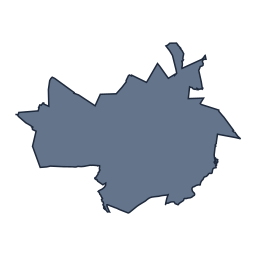 the district of San Ciro de Acosta, San Luis Potosí, Mexico
{"feature_id": "50627088B368213739672", "entity_name": "San Ciro de Acosta", "entity_type": "district", "adm_level": 2, "iso_a3": "MEX", "parent_name": "Mexico", "parent_adm1": "San Luis Potosí", "projection": "orthographic", "projection_center": [-99.855, 21.589], "detail": "fine", "context": "isolated", "style": "filled", "palette": "slate", "viewbox_px": 256, "rotation_deg": 0, "n_neighbors": 0, "source": "geoboundaries", "source_scale": "gbopen_adm2", "svg_char_len": 5693}
<svg xmlns="http://www.w3.org/2000/svg" viewBox="0 0 256 256"><path d="M200.3,184.6L200.3,184.0L200.7,182.6L201.2,181.5L202.2,180.1L202.6,179.9L203.1,179.2L203.3,178.8L203.7,177.8L203.9,177.5L204.5,176.9L205.3,176.7L206.2,176.4L206.8,176.0L207.8,175.0L208.4,174.1L208.9,173.6L209.5,173.3L210.3,173.3L210.9,173.5L211.3,173.4L212.0,173.0L212.1,172.7L212.6,169.9L212.9,169.0L213.6,168.3L214.3,168.0L216.1,167.6L215.7,165.5L215.9,165.5L216.5,165.3L216.5,163.8L216.1,163.2L215.5,163.5L215.2,163.7L214.2,162.5L214.2,161.9L214.7,161.1L215.0,161.1L214.9,161.5L215.0,161.8L215.4,161.8L215.5,161.7L215.6,161.3L215.9,161.6L216.3,162.5L216.7,162.8L217.1,162.8L217.5,162.6L217.6,162.2L217.6,161.9L217.8,161.4L217.5,160.6L217.7,159.6L217.2,159.4L216.6,159.3L216.1,159.1L215.9,159.3L215.8,159.9L215.6,160.1L215.4,160.2L215.2,160.1L215.1,159.8L215.1,159.6L215.0,159.4L214.9,159.3L214.7,159.1L214.7,158.8L214.6,158.6L214.6,158.3L215.2,158.4L215.5,158.1L215.3,157.9L215.0,157.7L214.7,157.7L214.5,157.8L214.3,156.2L214.2,155.1L214.2,154.4L214.3,153.8L215.1,146.8L215.4,146.6L215.6,146.2L215.8,146.1L215.7,145.8L215.2,145.4L215.2,145.1L215.4,145.1L215.5,144.6L216.0,143.9L216.3,143.4L216.3,143.2L216.3,142.3L217.5,134.2L234.1,137.3L236.1,137.7L240.6,138.8L237.7,136.2L234.9,132.3L234.0,132.1L232.7,131.0L233.6,130.4L223.8,117.1L222.7,115.9L218.8,111.3L218.8,110.1L201.3,104.5L200.2,103.5L203.6,98.1L188.3,98.6L189.6,86.8L191.2,87.5L192.0,87.5L192.7,88.3L192.8,88.6L193.8,89.1L194.3,89.1L195.1,89.4L196.9,88.8L197.2,89.7L197.5,89.5L197.2,88.9L197.3,88.9L197.1,88.5L197.1,88.4L197.4,88.6L197.8,88.7L198.4,89.7L198.5,89.7L199.2,89.3L199.3,89.2L200.1,89.2L200.7,88.9L200.9,88.9L201.6,88.9L202.2,89.3L202.5,89.0L202.5,88.7L202.6,88.3L202.8,88.2L203.4,88.0L202.3,88.0L202.2,87.8L201.3,82.0L198.7,70.2L199.1,69.7L200.3,66.5L202.4,65.8L203.0,65.3L203.2,63.5L202.5,62.1L202.4,61.4L203.3,59.5L203.4,59.4L206.0,59.3L205.2,55.4L205.0,55.5L203.5,57.7L201.9,59.3L202.0,59.4L201.9,59.6L201.5,59.5L182.0,68.4L181.9,67.4L182.2,66.0L182.4,64.2L182.3,62.6L181.8,61.3L181.9,61.0L182.3,61.0L182.6,61.1L182.8,60.9L183.4,59.9L183.1,59.8L182.8,58.3L183.1,56.9L183.1,56.3L183.4,55.4L183.7,53.7L183.0,52.5L182.3,51.0L180.3,48.5L180.7,48.2L177.8,45.1L177.9,44.9L176.5,43.1L169.8,43.2L167.6,45.2L165.9,45.9L169.7,50.8L172.5,55.5L176.0,69.6L176.7,73.3L174.7,75.3L174.7,74.4L168.3,78.3L159.9,66.5L157.5,63.5L150.9,74.9L149.6,77.2L146.5,82.4L131.7,75.2L131.5,75.9L129.4,75.0L128.5,75.6L126.1,80.6L126.2,81.9L122.0,87.3L116.2,93.8L100.3,94.3L95.1,105.8L78.7,95.0L73.9,93.2L74.2,92.6L54.7,78.4L52.2,77.2L50.9,78.5L49.7,80.6L48.4,89.6L48.8,106.3L43.9,104.1L43.8,103.0L43.0,102.9L41.2,105.3L40.2,104.9L39.8,104.9L38.7,107.4L38.6,107.6L39.1,107.8L38.1,110.9L18.2,112.5L18.8,112.6L18.8,112.9L18.6,113.0L18.4,113.9L17.8,114.7L15.4,114.4L17.1,114.7L17.8,115.3L18.4,116.4L25.8,122.8L30.7,125.6L30.9,125.9L31.0,125.9L31.2,126.0L31.7,126.4L32.4,126.8L32.2,127.0L32.8,127.1L32.8,127.3L32.2,127.7L32.2,128.0L32.5,128.8L32.5,129.5L36.1,131.2L32.5,146.4L32.6,146.5L40.2,167.4L46.7,166.9L50.4,166.1L63.6,166.7L72.8,166.8L74.6,167.0L76.0,167.0L77.5,166.5L78.2,166.4L79.3,166.5L80.0,166.5L80.5,166.6L81.3,166.6L83.9,166.4L86.4,165.9L90.1,165.2L91.8,165.3L92.5,165.2L94.1,165.3L97.9,165.6L97.9,165.8L98.2,165.7L99.5,165.7L99.4,166.1L99.7,166.6L99.3,169.0L99.8,169.6L99.9,169.9L99.8,170.6L99.3,170.9L99.2,171.4L99.2,171.8L99.0,172.1L98.6,172.3L98.3,172.6L98.1,173.1L98.1,173.8L97.9,174.4L97.0,175.7L96.4,176.5L96.0,177.2L95.7,177.5L95.2,177.6L94.8,178.0L94.8,178.5L95.3,179.1L95.6,179.2L95.9,179.4L96.1,179.6L96.3,179.7L96.5,179.5L96.6,179.4L97.0,179.6L97.2,180.0L97.3,180.6L97.6,180.8L97.7,181.0L97.8,181.3L98.0,181.4L102.9,184.8L103.6,184.3L105.7,183.1L105.6,185.2L104.5,187.2L102.3,189.0L99.0,190.7L98.7,190.9L98.1,191.5L98.8,192.1L99.2,192.4L99.4,192.9L99.8,194.2L100.1,194.6L100.4,194.8L100.7,195.2L100.9,195.5L101.0,196.1L101.5,196.8L101.7,197.4L101.9,197.6L102.1,197.8L102.4,198.1L102.5,198.3L102.5,198.5L102.4,198.8L101.6,199.3L101.5,199.5L101.5,199.8L101.9,200.3L102.1,201.4L102.2,201.6L102.9,201.8L103.1,201.9L103.3,202.3L103.5,203.8L103.5,204.0L103.4,204.2L103.0,204.5L102.9,204.8L103.2,205.0L103.4,205.3L103.5,205.5L103.6,206.2L103.8,206.5L104.3,206.6L104.5,206.7L104.7,207.1L104.6,207.3L103.8,207.5L103.6,207.8L103.7,208.2L105.1,208.4L105.2,208.5L104.7,208.9L104.6,209.2L104.8,209.3L105.3,209.6L106.0,210.1L106.3,210.4L107.4,211.9L107.6,212.0L107.9,212.0L108.8,211.7L109.5,211.9L107.7,207.9L107.1,206.3L106.8,205.0L106.8,204.8L107.1,204.7L107.6,204.7L110.7,206.0L112.2,206.5L114.9,207.6L116.5,208.1L119.6,209.6L128.0,212.9L128.5,212.9L129.5,212.4L137.1,206.2L139.3,204.7L145.4,201.0L147.4,199.3L149.2,198.1L150.0,197.7L151.8,197.1L154.6,196.7L158.6,196.3L161.8,195.6L165.3,195.2L167.5,195.0L168.0,194.8L166.7,198.8L165.7,203.3L165.7,203.8L165.5,204.2L165.6,204.3L165.8,203.9L166.1,203.6L166.7,203.2L167.9,203.2L168.5,203.1L169.2,202.7L170.3,202.2L171.5,201.9L173.4,201.8L173.9,201.9L174.4,202.4L174.8,203.0L175.1,203.6L175.4,203.8L175.8,203.8L177.5,204.6L178.0,204.7L178.4,204.6L178.6,204.3L178.8,203.8L179.3,203.3L183.2,200.7L183.6,200.2L183.8,199.8L183.8,199.3L183.9,199.0L184.4,198.6L184.8,198.4L185.1,198.4L185.5,198.6L186.3,198.5L186.7,198.5L187.3,198.2L187.8,198.1L189.9,197.8L190.6,197.7L191.4,197.3L192.0,197.0L193.2,196.0L194.2,195.4L194.4,195.2L194.6,194.8L194.6,194.5L194.6,194.1L194.4,193.3L194.1,193.0L193.3,192.1L192.8,191.7L192.6,191.5L192.4,191.0L192.3,190.3L192.0,189.6L191.9,189.2L192.0,188.3L192.4,187.6L192.7,187.2L193.7,186.7L194.3,186.6L195.9,185.6L196.6,185.3L197.2,185.2L198.0,184.9L198.5,184.9L199.1,184.9L199.5,185.0L199.9,185.0L200.1,184.9L200.3,184.8L200.3,184.6Z" fill="#64748b" stroke="#1e293b" stroke-width="1.5"/></svg>